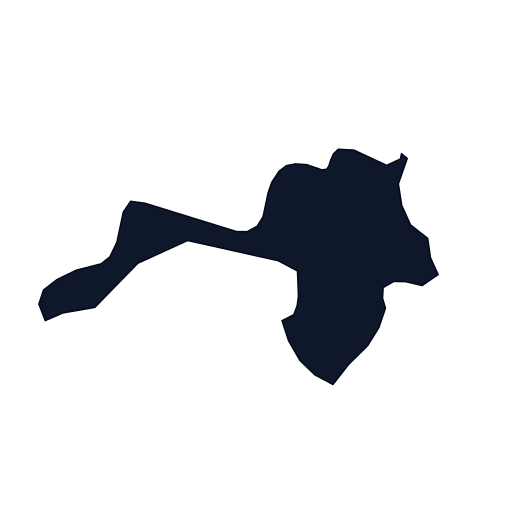 Taraclia, Robinson projection, rotated 210°
{"feature_id": "MDA-1625", "entity_name": "Taraclia", "entity_type": "District", "adm_level": 1, "iso_a3": "MDA", "parent_name": "Moldova", "parent_adm1": "", "projection": "robinson", "projection_center": [28.676, 45.978], "detail": "fine", "context": "isolated", "style": "filled", "palette": "ink", "viewbox_px": 512, "rotation_deg": 210, "n_neighbors": 0, "source": "natural_earth", "source_scale": "10m", "svg_char_len": 923}
<svg xmlns="http://www.w3.org/2000/svg" viewBox="0 0 512 512"><g transform="rotate(210 256 256)"><path d="M406.2,94.7L420.0,105.8L423.0,120.3L416.6,136.0L404.6,153.8L386.2,171.8L382.1,182.3L383.4,198.6L392.9,227.7L391.9,240.7L378.5,246.2L285.1,267.4L275.8,272.7L269.9,282.4L269.5,293.5L277.0,316.5L279.2,327.6L278.4,341.0L274.8,349.5L268.0,355.4L257.7,360.5L242.1,363.5L238.1,366.5L237.9,370.3L239.2,376.3L240.0,383.2L238.1,389.6L224.1,396.7L188.2,399.8L179.5,412.2L181.1,417.3L180.9,417.3L173.8,416.1L168.8,389.7L155.1,372.7L137.7,360.2L116.1,357.1L104.0,341.7L89.0,331.0L97.3,313.5L113.8,308.5L123.9,302.9L130.1,292.2L125.3,282.7L117.8,275.5L113.8,255.4L114.5,234.2L121.6,208.3L125.1,183.2L145.6,182.5L165.7,187.5L185.4,198.9L201.1,213.0L193.9,224.1L195.5,233.6L199.1,242.3L212.6,263.8L234.5,263.0L323.0,235.2L354.7,190.7L369.9,130.9L394.8,110.1L406.2,94.7Z" fill="#0f172a" stroke="#020617" stroke-width="1.5"/></g></svg>